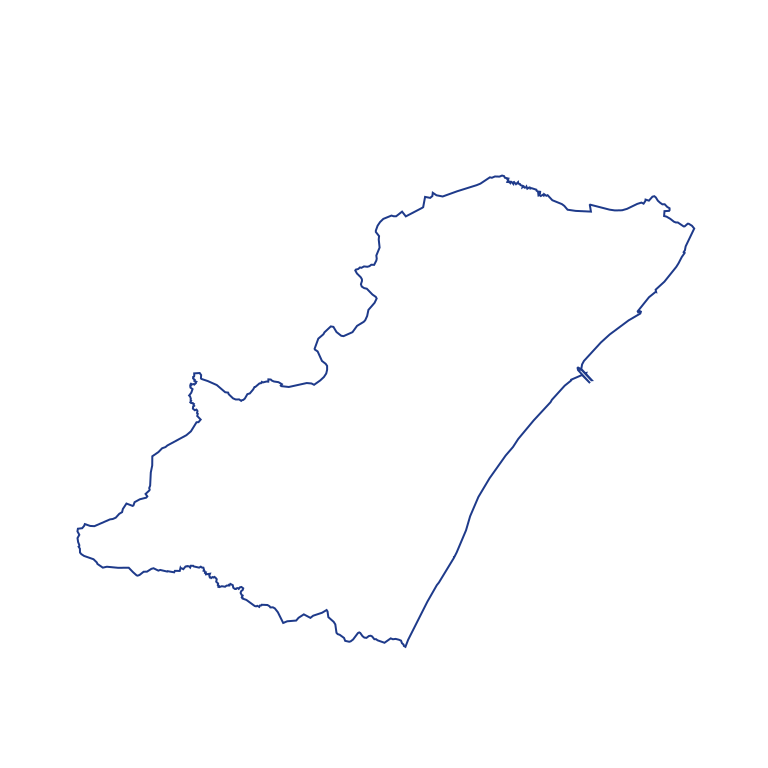 the district of Cha-Am, Phetchaburi, Thailand, rotated 21°
{"feature_id": "78962969B57649176029209", "entity_name": "Cha-Am", "entity_type": "district", "adm_level": 2, "iso_a3": "THA", "parent_name": "Thailand", "parent_adm1": "Phetchaburi", "projection": "albers", "projection_center": [99.881, 12.769], "detail": "fine", "context": "isolated", "style": "outline", "palette": "blue", "viewbox_px": 768, "rotation_deg": 21, "n_neighbors": 0, "source": "geoboundaries", "source_scale": "gbopen_adm2", "svg_char_len": 6165}
<svg xmlns="http://www.w3.org/2000/svg" viewBox="0 0 768 768"><g transform="rotate(21 384 384)"><path d="M617.9,127.7L614.8,125.9L611.0,125.2L610.1,125.5L608.2,129.1L607.3,129.5L600.4,127.9L598.7,128.6L596.6,128.6L592.0,127.2L587.8,126.5L585.3,126.8L583.9,122.1L588.1,120.2L588.3,119.3L587.6,117.6L585.0,117.2L581.6,115.6L579.5,116.5L576.7,115.8L573.9,114.7L570.9,112.4L569.1,111.8L567.5,112.9L565.6,117.9L562.1,118.1L562.4,119.5L561.7,122.6L559.3,122.4L555.9,125.1L548.1,133.4L544.0,136.5L537.4,139.2L532.1,140.4L512.2,142.7L512.0,143.1L515.4,148.9L500.9,153.7L492.9,155.5L488.5,153.1L485.6,152.3L475.3,152.1L469.1,149.1L468.1,150.1L465.4,149.4L465.5,150.8L464.5,150.4L463.0,152.3L461.9,151.8L460.7,152.7L459.5,150.4L460.6,150.5L461.3,150.0L460.9,148.6L458.4,149.2L457.1,148.8L456.6,148.0L451.5,148.3L450.6,149.1L449.9,148.3L449.2,148.4L447.8,150.3L446.2,148.6L446.0,149.7L444.9,150.3L443.7,149.5L442.8,150.7L442.6,149.3L440.1,149.4L439.3,148.6L437.6,148.8L436.8,147.5L435.6,150.2L433.0,148.8L432.5,149.4L432.9,150.8L430.4,149.6L429.8,149.8L429.8,151.1L428.0,150.1L427.6,151.0L426.7,151.2L426.8,148.9L425.4,148.4L425.9,147.7L422.9,148.1L421.6,146.9L419.5,147.1L417.5,149.0L413.2,150.5L410.8,152.8L408.8,153.1L402.2,162.4L399.2,165.2L383.3,177.8L371.6,187.9L365.4,189.0L361.0,188.0L361.8,191.2L360.4,193.7L355.3,194.6L357.2,204.9L356.4,206.0L344.3,219.7L339.1,216.6L335.2,223.1L333.1,223.9L330.6,224.1L324.2,230.1L322.3,234.2L321.3,238.5L321.4,243.7L321.9,245.0L326.4,247.7L327.3,251.0L331.0,258.2L330.8,266.8L332.3,269.6L332.6,271.5L332.1,276.3L329.4,277.2L328.2,279.2L326.5,280.5L323.2,281.4L321.3,283.6L319.8,283.8L318.7,285.9L316.7,287.3L316.5,288.3L319.1,290.5L324.1,292.7L325.8,294.1L326.5,295.6L326.7,299.1L328.3,301.0L331.1,301.6L333.8,301.2L341.1,304.6L345.1,305.6L346.5,306.8L346.1,311.6L342.9,320.4L343.9,326.6L343.6,331.2L342.8,333.2L338.0,339.4L336.0,346.9L329.1,353.8L326.8,354.3L321.0,352.5L316.3,348.8L313.7,349.3L309.9,357.1L309.6,359.3L306.4,365.2L306.6,376.0L307.1,376.6L310.4,377.4L317.8,384.7L322.4,386.1L324.4,387.5L325.8,391.1L326.3,394.9L325.4,399.0L323.2,403.5L319.0,409.8L316.1,409.5L311.5,410.8L296.2,420.9L288.9,422.8L288.2,422.5L288.8,420.8L284.9,420.1L280.3,421.1L278.1,421.0L276.7,420.4L274.4,421.1L275.1,423.3L273.4,423.8L270.3,426.0L269.2,425.8L268.9,427.3L267.5,428.1L264.9,432.9L264.2,433.2L263.8,436.0L262.1,440.9L260.1,442.4L259.3,447.5L258.3,449.3L257.1,450.1L256.7,450.9L254.3,450.3L251.1,451.6L248.2,451.5L242.7,449.2L241.6,447.9L238.7,448.6L228.3,444.9L218.4,444.4L211.7,444.7L211.0,444.2L210.1,441.2L208.0,439.8L203.0,442.1L203.9,444.3L204.0,445.1L203.3,445.8L203.8,447.2L205.9,448.0L205.8,449.0L208.0,449.2L207.6,450.3L208.0,450.7L207.1,452.5L206.3,452.3L205.1,453.1L203.7,452.9L203.5,453.5L203.6,454.3L204.2,454.8L203.8,455.3L204.6,456.7L207.1,457.4L207.2,461.2L206.2,464.6L207.3,465.0L208.9,466.9L209.2,468.3L210.0,468.7L209.7,470.5L210.8,470.9L212.3,470.3L213.2,471.0L213.7,470.9L213.7,471.9L214.6,472.4L213.9,473.6L214.4,475.5L216.8,476.3L218.0,475.1L219.0,475.6L219.6,476.2L219.8,478.1L220.8,478.5L221.1,480.8L225.6,482.9L224.5,486.1L222.7,486.9L220.7,497.4L217.8,502.7L203.8,519.0L202.6,521.2L199.9,523.5L197.8,528.4L193.6,534.5L196.8,543.1L198.0,550.2L202.1,562.7L202.1,565.3L203.1,566.6L203.1,567.4L200.8,572.1L203.3,573.7L202.8,575.3L197.4,579.1L193.5,583.7L193.6,587.2L193.0,587.9L186.4,587.9L185.0,594.3L185.4,597.5L183.4,600.0L181.5,604.9L179.2,607.2L176.7,608.6L164.6,620.5L160.6,621.8L154.9,622.0L154.9,623.9L153.9,626.8L150.1,628.8L150.6,631.4L153.6,634.0L153.1,637.7L155.1,641.2L157.3,643.6L157.6,644.6L157.2,645.3L159.1,646.7L160.6,650.3L162.4,651.3L165.6,652.0L175.6,651.7L179.8,653.5L181.0,654.7L187.3,656.2L190.8,653.9L201.6,650.9L211.5,647.0L217.1,649.6L221.6,651.3L222.7,651.2L224.2,649.9L226.9,645.4L230.0,644.1L233.1,639.9L234.9,638.6L240.2,639.1L241.7,637.8L248.8,636.8L249.0,636.3L255.6,635.0L255.7,633.4L260.3,631.7L259.9,628.6L260.5,629.1L261.1,628.6L263.0,628.8L264.1,625.5L265.4,625.0L265.5,624.5L267.3,624.1L268.8,624.8L268.8,622.9L271.0,622.1L271.7,622.5L277.2,621.7L278.4,620.2L279.7,620.6L281.2,620.2L282.5,621.9L282.5,623.0L283.5,622.9L284.2,623.8L285.0,623.7L284.8,624.6L285.7,624.7L286.0,625.5L289.5,623.5L289.5,625.4L290.7,627.0L291.4,626.6L292.2,627.1L293.3,625.6L294.4,625.7L294.8,624.9L296.1,625.2L297.8,626.2L298.2,628.7L300.6,629.7L300.9,631.3L302.0,631.5L302.0,632.7L302.9,632.7L305.1,630.9L308.3,630.2L309.3,628.6L311.7,627.6L311.4,627.0L312.0,626.8L312.2,625.7L314.9,626.0L316.3,628.2L318.2,628.8L319.3,628.4L319.4,627.7L320.7,626.9L321.8,627.3L322.4,625.4L323.6,624.6L325.8,625.2L325.9,626.9L324.9,628.6L325.0,630.4L326.6,631.9L327.8,632.1L327.6,633.2L328.2,633.7L327.8,634.3L328.8,635.0L332.9,634.9L342.9,637.6L344.3,637.4L345.2,636.5L347.4,636.8L347.5,635.3L348.9,634.6L349.0,633.9L354.4,632.1L356.8,632.5L358.0,633.3L360.3,632.3L362.5,632.6L366.7,635.1L375.5,643.2L378.7,640.2L386.8,636.3L388.0,632.9L391.7,627.8L399.1,628.7L400.9,625.7L408.2,619.7L411.4,615.6L412.8,616.6L415.6,621.6L422.3,624.1L424.7,625.9L428.8,633.3L430.4,634.1L432.5,634.0L437.7,635.4L439.8,637.7L443.9,637.1L445.1,636.2L446.7,633.6L448.9,625.9L449.9,624.8L451.0,624.9L454.3,627.1L456.5,627.8L458.6,627.3L460.2,624.7L461.7,623.8L463.3,623.9L466.4,625.7L468.1,625.1L469.8,625.6L477.2,625.4L481.4,619.1L483.8,619.1L486.2,617.8L489.6,617.4L491.9,617.5L493.6,619.5L495.7,620.3L496.4,621.4L498.2,621.7L498.2,614.2L502.5,571.7L505.4,552.8L506.4,549.7L511.6,521.1L511.3,520.4L511.7,520.1L512.2,515.2L513.0,491.2L511.8,476.6L512.6,455.6L516.3,434.2L523.2,407.2L527.0,396.6L529.0,387.2L536.8,364.3L546.0,341.3L546.4,338.6L553.3,320.8L557.2,314.1L557.5,313.3L557.2,312.9L565.7,304.6L576.0,309.3L560.2,301.5L559.0,299.7L559.3,299.1L562.4,299.5L563.0,299.9L562.7,300.2L563.7,300.1L576.3,306.2L576.7,306.0L568.9,302.2L568.9,301.2L568.0,301.8L562.8,299.3L561.9,294.7L562.4,290.8L571.6,267.5L577.0,256.8L589.6,236.9L598.0,226.4L598.0,225.8L596.9,225.1L598.7,224.5L597.0,224.3L595.5,225.9L594.8,225.2L600.3,208.0L604.6,200.6L605.1,200.6L603.8,198.6L609.1,188.0L614.9,169.9L615.7,165.8L616.5,158.7L617.7,153.9L616.5,153.5L617.0,151.3L616.3,147.4L617.9,127.7Z" fill="none" stroke="#1e3a8a" stroke-width="2"/></g></svg>